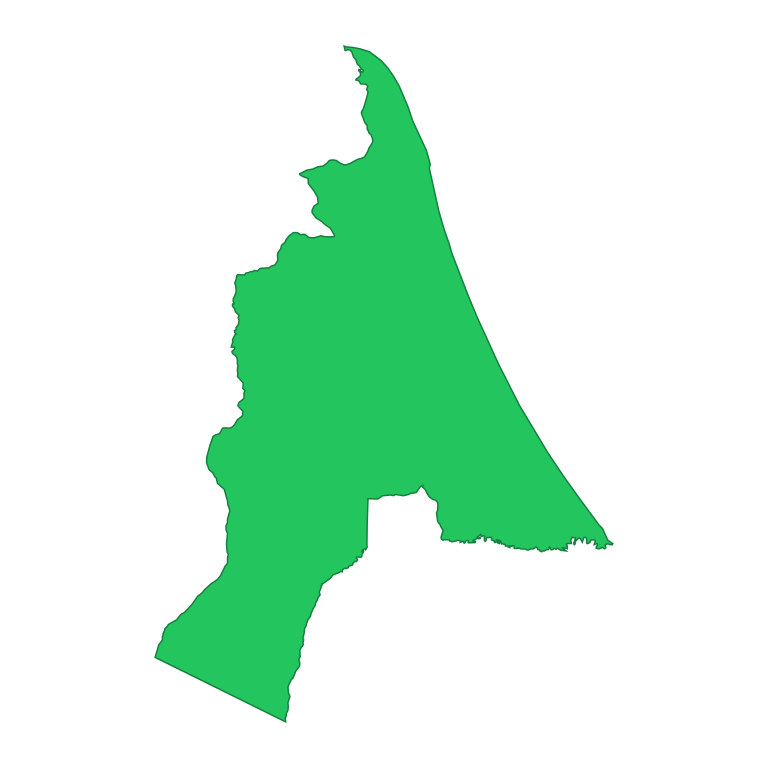 the district of Pococi, Limón, Costa Rica
{"feature_id": "36466004B96368575688704", "entity_name": "Pococi", "entity_type": "district", "adm_level": 2, "iso_a3": "CRI", "parent_name": "Costa Rica", "parent_adm1": "Limón", "projection": "albers", "projection_center": [-83.671, 10.502], "detail": "fine", "context": "isolated", "style": "filled", "palette": "green", "viewbox_px": 768, "rotation_deg": 0, "n_neighbors": 0, "source": "geoboundaries", "source_scale": "gbopen_adm2", "svg_char_len": 6093}
<svg xmlns="http://www.w3.org/2000/svg" viewBox="0 0 768 768"><path d="M602.4,528.4L598.9,524.9L578.6,497.3L563.2,475.7L548.1,453.2L519.5,405.5L498.0,363.0L476.9,316.6L468.5,296.4L451.5,252.3L449.4,244.5L444.0,229.0L438.7,210.6L429.2,167.7L430.3,164.4L426.4,150.4L412.8,121.1L408.4,107.9L399.2,86.0L393.5,76.2L387.9,68.1L381.5,60.9L374.2,55.3L369.0,51.6L359.9,48.8L352.5,47.4L346.4,46.9L344.1,46.1L345.1,50.4L346.0,50.5L347.4,49.8L349.8,49.9L351.8,51.9L353.5,57.0L355.8,59.8L357.4,64.3L359.5,66.0L361.1,68.9L363.4,70.4L363.1,71.8L361.5,72.1L359.9,69.8L358.8,69.5L358.8,70.6L360.5,73.0L360.4,75.6L358.4,77.6L356.6,78.6L355.8,79.9L358.7,80.7L360.7,83.9L365.4,84.1L367.1,85.3L367.7,86.4L366.6,89.4L368.0,91.7L367.2,95.7L365.0,103.6L363.0,109.6L361.8,111.0L361.4,113.2L364.9,122.8L367.2,125.6L367.3,129.5L368.2,130.6L368.9,132.8L371.0,134.7L372.5,138.8L372.7,141.0L372.3,142.9L368.9,148.2L367.9,151.1L364.6,156.9L362.6,158.0L357.5,159.4L349.8,163.6L346.0,164.9L344.1,164.9L339.8,163.0L336.6,160.6L333.9,160.0L330.5,160.1L328.9,160.9L326.6,163.6L323.2,166.0L317.4,166.9L313.0,169.0L306.7,170.2L299.8,173.7L299.7,174.5L301.1,175.6L303.9,177.0L308.1,178.3L308.3,183.5L314.3,191.4L317.6,197.3L318.2,203.2L313.9,206.2L312.2,210.0L312.0,212.4L315.9,217.8L321.8,221.5L323.8,223.6L330.4,228.3L334.3,234.8L334.3,236.4L332.8,236.8L325.1,236.8L321.2,235.8L313.9,237.8L308.7,237.5L305.2,234.5L303.0,234.3L300.8,234.8L297.1,232.6L293.4,232.6L289.3,235.6L286.1,239.6L285.0,242.3L282.0,244.8L281.2,246.4L280.9,248.6L277.9,252.7L277.5,254.8L277.8,260.4L275.0,264.9L270.7,266.3L269.3,267.8L260.7,268.3L259.6,268.9L257.6,270.9L254.3,270.5L252.7,271.5L250.4,271.7L248.1,272.8L246.2,272.9L244.4,275.0L237.6,274.7L236.8,275.5L236.2,279.2L234.9,282.6L234.9,283.9L235.7,285.4L236.2,291.9L233.2,299.3L233.2,301.1L234.2,303.6L233.7,304.2L232.6,304.0L232.4,306.0L234.7,308.9L235.4,311.8L239.1,315.4L238.2,317.6L239.1,320.7L238.1,325.1L236.0,327.4L236.2,329.8L234.4,330.5L234.7,332.5L236.3,334.0L235.1,334.6L232.6,339.5L232.7,342.3L231.2,347.1L234.7,347.2L234.4,349.5L232.1,351.2L231.9,351.9L233.3,354.2L235.4,355.4L236.8,357.2L237.4,360.1L237.3,363.5L238.0,365.9L237.3,369.9L237.8,373.2L237.5,376.6L243.3,383.0L242.8,388.5L244.8,390.6L243.9,393.4L244.1,397.9L242.9,399.4L239.1,402.3L237.9,405.3L238.4,406.6L242.6,410.9L242.6,415.2L241.9,416.3L237.4,419.7L234.8,424.3L232.6,426.7L230.1,428.1L223.8,427.9L222.5,428.3L219.6,433.6L215.3,435.0L213.1,436.4L210.1,444.8L206.7,457.4L206.6,462.9L209.1,469.7L212.8,472.8L215.0,477.0L216.3,478.1L217.4,483.3L224.2,489.2L227.4,500.4L228.0,505.4L228.9,507.2L229.8,510.9L227.5,519.1L227.4,522.9L226.0,525.9L226.1,530.0L227.5,533.4L226.5,543.8L227.2,552.4L228.3,554.5L227.5,557.9L227.5,563.3L225.1,566.2L220.5,575.6L217.6,579.4L211.1,583.8L204.4,589.9L202.0,593.1L198.0,595.9L191.3,605.3L184.4,612.5L181.7,613.9L180.0,615.4L176.8,619.7L168.3,624.5L167.8,625.8L164.9,628.7L164.1,631.7L163.1,633.3L163.2,634.9L162.4,636.5L162.4,640.1L158.8,644.8L155.1,657.4L285.7,721.9L285.2,718.5L286.2,716.0L286.3,713.5L287.9,710.5L288.3,706.8L287.9,702.7L289.9,697.0L289.5,695.0L288.5,693.1L288.0,687.4L288.6,685.2L291.3,679.6L292.5,678.6L294.0,675.7L295.8,671.0L298.5,667.6L299.7,665.4L299.7,662.5L298.8,659.6L300.2,656.6L299.8,650.5L301.2,647.3L302.5,646.2L303.3,644.6L302.9,642.9L303.7,639.8L302.9,638.6L304.3,632.3L304.6,628.4L306.1,625.9L306.6,623.3L307.9,620.0L310.5,616.2L311.0,613.6L313.1,608.9L315.3,605.2L315.5,603.1L317.0,600.7L318.1,597.5L320.1,595.0L319.3,592.0L321.2,587.3L321.2,585.6L322.3,584.9L322.0,583.7L323.2,583.4L330.9,577.8L332.7,575.0L339.5,572.4L340.4,571.3L342.2,571.9L342.5,569.9L344.4,568.2L345.7,568.6L346.8,568.4L348.3,567.6L348.8,566.1L352.6,565.0L352.9,563.5L354.1,561.8L356.4,561.5L357.6,559.9L356.4,557.6L356.7,556.9L360.7,557.2L361.7,556.7L362.1,553.8L363.4,552.1L362.0,551.5L362.5,550.2L363.0,549.8L363.6,550.4L363.8,549.2L364.3,548.9L365.3,548.8L365.7,549.6L367.2,547.1L366.9,544.8L367.2,523.8L368.0,498.7L377.4,499.0L378.9,498.4L382.3,495.8L390.5,495.0L393.6,495.6L395.4,494.5L403.3,495.7L408.2,494.6L411.2,493.1L413.4,493.1L416.4,492.4L420.1,486.9L421.2,486.0L423.3,485.5L422.8,487.3L425.8,490.2L426.2,491.9L429.2,496.8L432.9,499.5L435.2,499.9L436.8,501.4L438.0,503.5L437.5,510.6L436.5,512.9L437.5,520.3L438.3,522.7L439.8,524.3L441.2,527.4L443.2,530.4L441.0,537.3L441.3,538.8L443.0,540.2L443.8,539.8L449.3,539.8L449.6,540.9L450.6,541.0L451.4,541.8L455.1,541.2L457.8,540.3L460.6,541.0L460.2,542.3L463.4,541.4L464.2,543.2L465.3,542.4L465.6,541.0L467.3,540.4L468.4,540.7L468.1,542.4L468.6,542.8L475.1,542.6L475.4,541.6L473.1,541.4L473.4,540.1L475.6,539.6L477.0,537.6L478.1,538.7L480.2,538.5L480.2,538.0L477.9,536.5L480.5,534.4L481.0,534.9L481.1,536.6L483.1,535.8L484.6,536.2L484.2,539.9L485.1,541.4L486.0,540.7L486.3,538.8L486.9,537.7L491.2,537.3L491.6,538.0L491.4,539.9L494.4,540.6L494.2,541.9L494.7,542.5L496.1,542.2L496.4,540.5L497.3,540.5L497.8,540.8L497.7,542.8L499.2,543.7L499.8,542.9L499.7,541.9L498.0,540.1L499.7,540.4L500.6,541.1L501.6,544.0L502.7,543.8L505.4,544.7L505.4,546.0L505.8,546.1L507.9,545.8L508.1,547.0L509.9,547.6L509.9,545.8L511.9,546.5L512.1,545.7L513.2,545.7L514.1,546.0L514.2,548.3L516.5,548.5L519.0,548.0L521.0,549.0L525.6,549.0L526.4,549.8L528.3,550.1L530.6,548.9L533.4,548.9L536.1,547.0L536.9,547.5L537.9,549.6L539.7,549.9L540.1,551.2L541.7,551.7L542.2,551.0L544.3,551.0L546.2,549.9L548.5,549.5L549.5,547.1L551.2,549.8L552.8,549.5L554.5,548.4L556.0,549.3L557.3,548.3L560.9,550.3L566.1,550.9L562.4,547.9L564.1,547.7L567.3,548.7L567.4,545.9L566.1,544.2L567.5,543.5L571.4,543.5L570.7,540.1L572.1,537.3L575.6,538.1L573.9,542.7L573.9,544.2L574.4,544.7L575.1,543.9L575.2,541.7L578.7,538.0L580.4,538.6L582.3,542.1L583.8,537.6L585.2,537.3L586.3,538.0L586.7,539.6L586.6,543.0L587.2,543.7L589.7,542.7L591.2,539.9L594.5,539.9L595.1,540.2L595.2,541.5L594.2,544.6L596.2,543.7L597.2,543.7L597.4,544.1L597.4,545.2L596.3,546.9L596.2,548.4L599.3,548.8L602.8,547.5L604.2,548.6L605.2,548.6L605.8,547.8L605.2,545.0L605.6,544.4L607.9,543.8L610.4,544.7L612.1,544.8L612.9,543.7L607.7,540.1L602.4,528.4Z" fill="#22c55e" stroke="#15803d" stroke-width="1.5"/></svg>